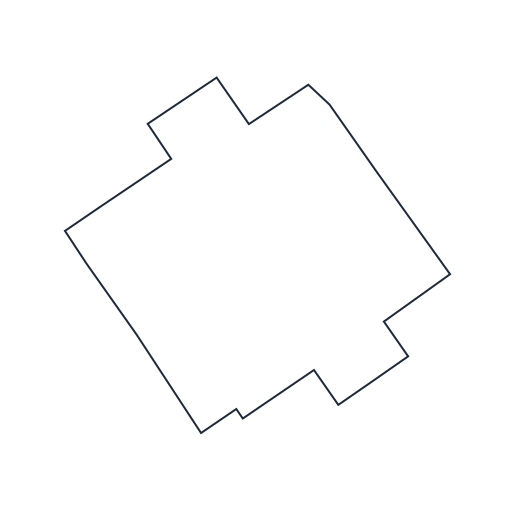 Carroll, Ohio, United States of America (orthographic projection), rotated 54°
{"feature_id": "52423323B82446565962653", "entity_name": "Carroll", "entity_type": "district", "adm_level": 2, "iso_a3": "USA", "parent_name": "United States of America", "parent_adm1": "Ohio", "projection": "orthographic", "projection_center": [-81.077, 40.577], "detail": "fine", "context": "isolated", "style": "outline", "palette": "slate", "viewbox_px": 512, "rotation_deg": 54, "n_neighbors": 0, "source": "geoboundaries", "source_scale": "gbopen_adm2", "svg_char_len": 415}
<svg xmlns="http://www.w3.org/2000/svg" viewBox="0 0 512 512"><g transform="rotate(54 256 256)"><path d="M366.9,404.5L368.2,361.9L379.7,362.2L382.3,276.1L424.8,276.9L425.8,234.0L426.6,191.9L384.2,191.1L384.8,109.7L259.0,108.9L176.8,107.5L148.2,113.0L145.1,184.2L88.5,183.0L85.4,265.9L127.6,267.5L124.6,353.7L123.4,395.8L162.4,397.6L249.5,398.8L366.9,404.5Z" fill="none" stroke="#1e293b" stroke-width="2"/></g></svg>